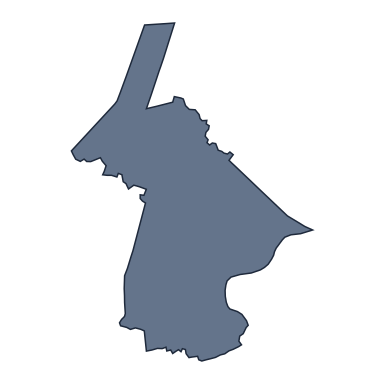 outline of Canhotinho, Pernambuco, Brazil
{"feature_id": "56859067B30065797041246", "entity_name": "Canhotinho", "entity_type": "district", "adm_level": 2, "iso_a3": "BRA", "parent_name": "Brazil", "parent_adm1": "Pernambuco", "projection": "natural_earth1", "projection_center": [-36.177, -8.872], "detail": "fine", "context": "isolated", "style": "filled", "palette": "slate", "viewbox_px": 384, "rotation_deg": 0, "n_neighbors": 0, "source": "geoboundaries", "source_scale": "gbopen_adm2", "svg_char_len": 1984}
<svg xmlns="http://www.w3.org/2000/svg" viewBox="0 0 384 384"><path d="M131.0,256.7L127.4,268.5L124.6,275.7L124.2,288.6L124.5,295.5L124.6,302.5L125.3,313.6L124.5,316.5L121.6,319.4L119.5,322.8L120.6,325.8L126.7,327.4L130.4,329.4L135.4,327.9L140.7,329.3L144.3,330.9L146.4,351.1L152.0,350.0L157.4,348.4L162.2,348.6L166.0,347.2L166.8,351.0L170.7,350.0L172.7,353.5L176.2,351.1L178.5,349.7L181.0,351.7L182.4,348.7L185.4,349.5L186.1,353.7L189.0,357.6L191.6,357.1L197.6,356.3L198.8,359.8L201.8,361.0L206.5,359.7L211.0,358.6L215.5,357.4L220.4,354.9L224.8,353.8L228.9,350.9L233.2,349.3L238.5,346.7L241.5,344.8L238.9,341.2L239.7,336.1L243.2,333.7L246.2,327.5L248.2,325.3L246.5,320.7L241.9,314.4L237.5,311.6L229.9,309.0L227.9,306.6L226.3,302.3L225.3,296.4L225.1,290.4L225.9,284.9L227.1,280.9L231.0,277.1L240.1,274.5L251.3,273.0L260.4,269.9L264.5,267.4L268.2,264.2L271.5,259.3L273.6,255.3L274.5,251.7L276.2,248.1L282.3,239.9L284.8,237.2L290.9,234.8L300.6,233.7L312.6,230.0L304.9,226.5L287.4,215.9L261.7,191.5L237.9,168.8L235.6,166.6L231.6,162.9L229.0,160.3L233.2,154.7L229.9,152.0L227.5,154.0L223.9,153.1L221.8,151.4L218.2,150.2L215.7,143.6L212.3,143.0L209.6,145.0L207.0,142.7L208.1,139.8L205.2,136.2L205.9,132.4L208.5,129.4L209.2,125.8L206.2,123.9L206.8,120.4L202.1,120.7L200.1,118.6L199.1,114.6L197.2,112.3L195.2,109.8L189.3,109.4L185.5,105.6L183.3,99.0L180.9,98.0L174.3,96.6L172.7,102.2L160.1,105.4L156.6,106.3L146.4,108.7L151.3,94.5L159.3,70.4L160.5,67.1L163.5,58.3L174.6,23.0L166.2,23.6L144.6,25.0L136.1,48.8L126.4,75.9L120.3,92.5L117.1,100.9L114.8,104.0L71.4,150.9L73.2,154.7L75.7,159.2L80.3,161.4L84.1,159.1L86.7,161.5L90.7,161.6L100.4,157.7L102.3,161.2L106.1,165.7L104.3,171.2L102.7,174.8L107.1,175.3L111.5,175.3L116.9,177.0L118.3,173.4L121.9,174.7L123.2,181.7L126.0,183.6L128.5,189.0L133.8,185.2L136.5,185.9L139.2,186.7L142.0,187.7L146.3,189.3L143.9,195.3L140.2,194.8L140.2,198.5L142.5,201.1L145.5,203.0L132.9,250.9L131.0,256.7Z" fill="#64748b" stroke="#1e293b" stroke-width="1.5"/></svg>